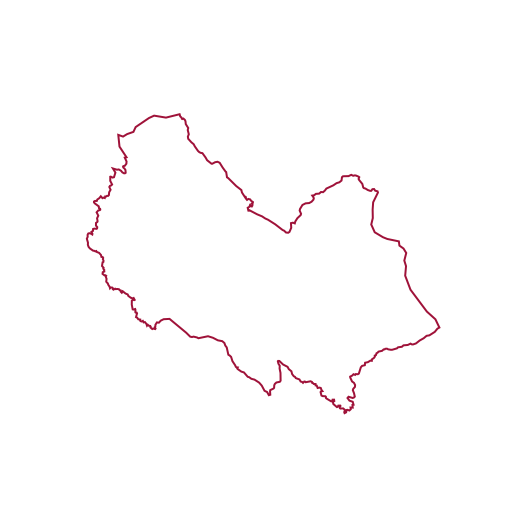 the district of Kandreho, Betsiboka, Madagascar, rotated 143°
{"feature_id": "10022922B38821373259374", "entity_name": "Kandreho", "entity_type": "district", "adm_level": 2, "iso_a3": "MDG", "parent_name": "Madagascar", "parent_adm1": "Betsiboka", "projection": "natural_earth1", "projection_center": [46.108, -17.43], "detail": "fine", "context": "isolated", "style": "outline", "palette": "rose", "viewbox_px": 512, "rotation_deg": 143, "n_neighbors": 0, "source": "geoboundaries", "source_scale": "gbopen_adm2", "svg_char_len": 6091}
<svg xmlns="http://www.w3.org/2000/svg" viewBox="0 0 512 512"><g transform="rotate(143 256 256)"><path d="M384.2,364.1L384.1,362.0L382.9,358.3L382.0,357.4L381.5,356.3L380.6,356.1L380.7,355.0L379.4,352.9L379.2,350.0L380.0,348.3L379.1,347.4L379.2,346.4L380.2,345.7L380.6,344.0L381.5,343.1L382.3,343.3L385.0,340.7L384.8,338.3L385.6,337.8L385.6,336.1L386.2,335.7L386.5,334.9L388.1,335.3L389.3,334.1L388.7,331.8L387.8,331.2L387.6,330.3L388.4,330.0L389.1,327.7L391.0,325.7L391.1,324.9L390.8,323.3L391.3,322.0L391.4,319.6L392.0,318.1L391.0,318.3L389.8,317.3L389.7,316.3L390.3,315.7L390.1,314.9L388.2,314.7L388.1,314.1L386.3,312.9L385.4,311.8L385.5,310.9L384.8,310.0L385.5,309.0L385.3,307.4L384.9,307.5L384.5,308.4L383.7,308.3L382.8,304.6L381.6,302.5L382.0,301.0L381.1,297.9L380.6,297.4L380.3,296.3L379.0,296.1L379.3,294.0L379.9,294.1L380.3,295.1L382.1,295.0L384.5,291.9L386.6,287.6L386.0,286.9L384.4,286.4L384.6,285.7L386.2,283.7L386.2,283.2L385.4,282.6L385.5,281.8L388.6,279.4L388.0,278.1L388.1,276.3L386.7,274.9L387.4,274.1L387.4,273.5L386.7,272.5L385.4,272.3L385.7,270.6L384.5,270.1L384.4,267.8L385.0,265.9L383.8,266.2L383.5,264.7L382.6,263.8L382.7,262.8L383.3,262.4L382.8,260.1L381.8,260.0L380.5,258.3L379.9,258.5L379.6,260.1L378.9,260.2L377.7,261.6L375.1,262.6L373.7,261.2L371.0,261.7L367.8,261.1L362.9,257.8L357.9,236.7L357.1,231.2L355.9,229.8L354.4,229.2L352.1,226.4L351.5,225.0L342.6,220.8L339.6,216.6L337.2,211.6L334.2,208.3L333.6,205.5L334.4,203.0L334.4,200.6L337.5,193.8L336.9,192.3L336.6,190.4L338.1,186.2L338.4,181.2L338.8,179.7L338.6,178.9L337.7,178.0L338.6,177.6L338.7,176.9L337.3,172.5L335.7,170.3L335.3,164.5L334.4,163.3L333.6,160.7L331.6,158.2L329.7,153.0L329.4,149.1L330.3,143.2L329.0,140.7L329.5,137.1L328.1,136.6L326.2,139.5L325.3,140.3L321.8,139.6L320.9,139.8L319.2,141.8L317.9,142.5L315.8,142.7L312.7,141.2L311.4,141.6L306.8,147.9L304.9,151.9L303.1,154.1L302.9,156.5L301.9,158.8L301.5,158.9L300.5,158.1L299.7,153.1L297.5,148.5L297.9,145.9L297.1,142.6L298.2,140.0L298.2,137.3L297.6,136.0L297.7,134.5L295.6,131.3L295.9,128.9L294.9,127.5L294.8,126.4L293.0,126.7L292.5,126.3L292.3,125.3L287.8,123.1L287.1,121.7L287.5,120.7L286.9,120.0L286.9,119.1L285.5,117.9L286.3,116.8L285.5,115.9L286.2,113.5L284.5,112.7L283.7,111.6L284.3,109.7L284.3,108.1L285.6,108.7L286.3,108.5L287.7,105.2L287.2,104.1L285.0,102.2L284.9,101.5L285.6,100.5L285.5,99.8L283.4,94.6L282.6,94.2L281.3,95.2L280.1,94.3L280.8,93.0L282.4,93.3L283.3,91.2L282.3,86.6L281.6,86.4L280.3,87.0L278.7,85.8L278.8,85.4L280.1,85.0L280.6,84.0L280.4,83.4L278.1,81.8L277.7,79.9L278.0,79.2L279.5,78.2L279.8,77.2L278.1,76.9L276.3,78.5L275.5,78.1L274.4,76.4L272.5,76.6L271.7,78.1L270.0,76.7L268.6,79.0L267.6,78.5L266.5,81.4L268.4,84.2L268.4,87.5L266.8,87.9L264.2,84.4L262.6,84.0L261.7,84.3L260.3,87.4L259.4,90.6L258.3,91.4L255.8,91.9L254.5,93.3L254.1,95.7L254.8,98.0L253.9,102.2L253.4,103.0L251.1,102.6L249.3,102.9L248.4,101.4L247.5,101.7L245.8,100.3L244.6,100.2L239.3,104.0L237.4,104.4L234.8,103.3L233.1,105.1L230.6,103.9L227.5,103.6L226.6,102.6L225.5,103.7L223.2,103.6L221.6,104.1L221.1,105.0L219.8,104.7L218.3,105.8L217.1,105.6L215.7,105.9L212.4,104.4L210.3,104.6L209.5,104.0L208.6,104.1L207.2,103.2L206.6,101.9L204.6,99.8L203.5,99.1L199.0,97.4L197.5,97.6L194.1,95.7L192.0,95.9L188.3,93.6L185.3,93.0L184.8,91.7L183.9,90.9L180.9,89.9L176.1,90.0L171.6,89.4L167.8,89.6L165.3,88.3L158.9,87.8L154.8,88.8L152.6,88.5L150.8,97.5L153.0,108.8L152.9,136.1L148.7,150.5L142.3,157.6L140.3,163.1L134.2,168.0L133.7,173.2L135.2,178.0L133.1,181.7L140.9,190.6L143.3,194.6L146.9,203.5L145.0,211.8L139.9,216.0L134.9,222.9L130.1,228.4L120.4,233.3L120.0,234.5L121.5,236.4L121.4,238.4L122.8,239.3L124.7,238.7L125.6,239.3L127.0,241.4L128.0,244.0L129.0,245.3L129.1,246.2L127.7,249.6L127.9,254.6L127.7,255.8L126.1,256.8L126.3,257.6L127.8,260.2L128.7,261.0L130.1,261.6L131.1,263.5L134.0,264.1L138.5,267.3L139.9,267.2L142.3,264.8L145.1,264.7L147.8,265.7L151.7,265.9L159.2,267.5L161.6,266.8L164.0,266.6L165.6,268.0L168.0,267.8L170.8,269.6L172.9,269.5L174.7,270.4L174.8,268.1L175.2,267.2L176.3,266.4L179.0,265.9L181.7,266.3L184.7,268.2L188.2,268.8L192.5,267.1L193.8,266.0L194.6,262.6L195.7,261.8L200.2,261.3L203.9,259.9L205.4,258.7L206.5,260.4L208.3,261.2L210.9,257.3L214.8,255.1L216.3,255.2L217.9,256.7L218.3,259.3L219.1,260.7L221.6,269.8L224.6,277.8L226.0,280.3L227.3,284.0L230.0,288.6L233.9,296.9L234.3,296.4L234.8,296.8L233.6,299.5L231.0,299.2L230.6,300.0L230.1,300.3L229.5,298.1L228.6,298.4L227.4,299.7L227.8,300.4L226.3,300.6L226.0,300.9L226.7,303.1L226.6,304.7L227.8,306.2L229.4,306.2L229.5,308.1L228.7,309.0L228.7,309.5L229.4,309.6L229.0,315.2L228.0,317.5L229.7,323.8L231.3,334.9L231.8,336.3L229.3,341.0L229.5,341.8L229.4,346.8L228.9,352.3L230.0,354.4L232.2,355.5L235.4,356.0L236.0,356.5L237.4,361.9L237.0,365.0L236.9,370.4L238.1,371.7L238.8,373.1L239.1,374.9L238.9,380.4L238.5,382.8L239.2,385.8L239.6,390.4L238.6,392.3L236.4,393.7L234.7,397.7L233.1,399.0L232.7,403.6L231.2,406.1L230.9,407.6L231.3,409.5L232.5,409.8L232.6,410.2L232.2,411.4L232.5,413.1L231.7,415.2L244.6,420.7L252.9,429.4L258.4,430.6L274.5,431.4L279.2,428.9L285.5,430.9L290.3,431.4L293.1,435.6L299.2,425.5L300.0,412.8L301.6,413.5L302.5,409.4L304.0,407.7L306.5,407.0L307.9,407.6L308.5,407.3L308.7,406.2L308.4,405.1L308.5,403.3L310.0,400.9L310.8,400.9L311.6,401.4L312.4,403.2L312.5,405.3L313.5,407.7L315.1,408.6L317.6,412.0L318.1,407.2L322.0,404.4L323.4,405.0L324.2,406.8L324.7,407.0L327.2,403.7L327.9,399.7L329.1,399.5L330.4,399.9L331.6,399.4L332.3,396.4L334.9,395.3L336.8,393.2L337.9,393.0L338.8,393.7L340.0,393.7L340.6,394.3L341.9,393.3L342.5,394.3L343.8,394.6L344.0,397.1L346.3,396.5L348.8,396.6L350.0,395.8L351.5,396.9L352.6,397.0L353.1,396.4L353.1,395.1L351.7,390.3L352.6,388.7L352.1,387.5L352.5,386.7L353.1,386.6L354.5,387.3L357.0,386.8L357.7,383.1L360.2,381.8L361.6,379.1L362.2,378.7L363.9,378.7L365.5,376.6L365.4,374.6L366.3,373.7L366.9,373.6L368.7,375.2L369.9,375.6L371.0,374.2L372.9,374.3L373.3,372.1L373.8,371.7L374.3,373.1L375.5,374.6L376.5,374.9L377.8,374.2L378.9,372.6L380.7,371.6L382.2,367.7L383.5,366.2L384.2,364.1Z" fill="none" stroke="#9f1239" stroke-width="2"/></g></svg>